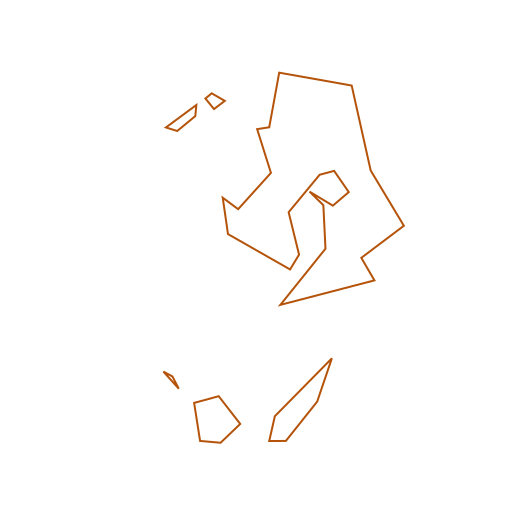 map outline of Kagoshima (Robinson projection), rotated 20°
{"feature_id": "JPN-3501", "entity_name": "Kagoshima", "entity_type": "Prefecture", "adm_level": 1, "iso_a3": "JPN", "parent_name": "Japan", "parent_adm1": "", "projection": "robinson", "projection_center": [130.414, 30.803], "detail": "coarse", "context": "isolated", "style": "outline", "palette": "amber", "viewbox_px": 512, "rotation_deg": 20, "n_neighbors": 0, "source": "natural_earth", "source_scale": "10m", "svg_char_len": 768}
<svg xmlns="http://www.w3.org/2000/svg" viewBox="0 0 512 512"><g transform="rotate(20 256 256)"><path d="M384.6,177.0L355.6,221.7L375.6,238.4L295.6,293.6L318.8,225.4L301.9,185.2L284.3,177.2L311.0,182.4L321.3,164.2L300.3,149.3L288.0,157.9L271.7,203.7L296.0,240.0L292.6,257.0L222.2,245.0L204.8,212.6L223.2,218.1L241.6,172.8L213.7,136.4L224.4,130.5L215.1,75.8L287.6,63.1L334.5,136.4L384.6,177.0ZM298.6,419.2L286.6,443.6L266.7,448.9L248.1,415.2L268.9,400.5L298.6,419.2ZM362.3,326.2L363.3,371.9L347.3,419.6L331.7,425.3L328.5,400.1L362.3,326.2ZM148.3,134.5L151.1,145.3L139.2,165.5L127.4,166.0L148.3,134.5ZM173.6,120.9L166.3,132.3L154.6,125.3L158.7,118.3L173.6,120.9ZM218.7,397.8L228.8,407.1L208.5,396.3L218.7,397.8Z" fill="none" stroke="#b45309" stroke-width="2"/></g></svg>